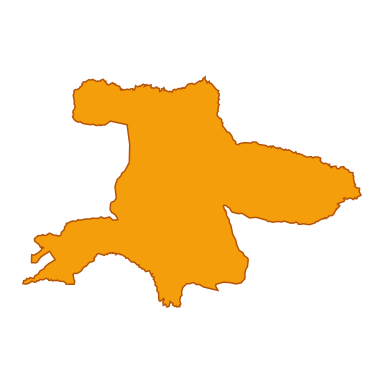 Sekyere Afram Plains North, Ashanti, Ghana
{"feature_id": "2480657B37542209080123", "entity_name": "Sekyere Afram Plains North", "entity_type": "district", "adm_level": 2, "iso_a3": "GHA", "parent_name": "Ghana", "parent_adm1": "Ashanti", "projection": "orthographic", "projection_center": [-0.752, 7.211], "detail": "fine", "context": "isolated", "style": "filled", "palette": "amber", "viewbox_px": 384, "rotation_deg": 0, "n_neighbors": 0, "source": "geoboundaries", "source_scale": "gbopen_adm2", "svg_char_len": 5877}
<svg xmlns="http://www.w3.org/2000/svg" viewBox="0 0 384 384"><path d="M31.5,262.7L35.9,262.8L37.1,262.2L40.8,257.0L49.5,251.3L55.2,259.7L47.9,264.3L45.1,266.7L44.3,268.5L40.0,271.0L38.1,274.1L34.8,275.9L33.8,278.6L30.0,277.5L28.8,279.0L26.8,278.4L25.9,280.2L23.7,280.6L23.0,283.7L25.8,284.1L28.9,283.2L31.9,281.2L34.5,282.2L36.1,282.0L36.8,280.7L38.8,280.8L40.0,279.4L42.8,279.9L46.5,278.2L47.7,279.2L48.4,279.0L48.7,280.2L49.8,280.6L51.3,279.7L52.6,281.0L54.3,280.3L56.4,280.8L57.6,280.0L59.5,281.2L63.6,281.5L65.0,282.1L65.9,284.0L66.7,284.3L74.2,284.2L74.7,281.0L73.8,279.5L73.1,274.2L74.9,273.2L77.0,273.5L80.8,271.3L83.9,267.0L86.0,266.4L89.2,262.5L93.6,261.2L94.5,259.5L93.9,258.0L95.8,256.4L96.8,254.2L99.1,253.6L104.3,255.4L105.6,254.3L107.5,254.5L108.1,253.4L110.5,253.3L111.1,252.6L112.6,252.7L112.5,253.3L113.7,252.9L114.3,253.6L116.0,253.5L115.9,254.6L117.8,253.6L120.0,254.0L120.3,254.7L121.7,254.5L125.2,256.8L125.8,258.2L127.5,257.8L131.2,261.9L134.5,262.3L137.4,265.1L138.9,264.8L139.0,267.1L141.2,267.8L142.0,268.9L143.7,269.0L145.7,271.6L149.3,270.8L150.7,273.6L152.3,273.9L151.2,274.8L152.3,276.9L154.1,277.2L153.4,279.2L153.9,279.2L154.8,282.1L155.5,282.5L155.0,284.8L155.4,285.7L156.5,286.0L157.2,287.8L156.9,290.8L158.5,292.6L158.9,300.1L160.1,301.3L163.6,298.4L164.2,299.1L162.9,301.5L163.3,305.4L165.4,304.1L166.9,307.0L169.0,306.4L170.1,301.4L171.1,302.7L172.8,303.1L172.8,305.1L175.1,306.5L176.1,305.7L176.7,306.8L179.9,306.5L179.6,305.0L180.6,304.5L180.7,303.6L179.7,300.4L180.4,296.8L182.0,295.3L181.5,292.0L182.0,290.2L182.9,287.4L186.8,283.7L189.5,283.8L193.4,282.5L196.3,284.5L199.3,284.5L203.6,287.0L217.9,290.4L215.6,286.1L216.0,284.3L223.2,282.2L230.1,282.6L235.7,283.9L241.0,283.0L244.9,278.6L244.9,273.3L245.7,269.7L247.5,266.5L248.2,259.3L247.4,257.9L244.2,255.6L242.9,252.7L239.1,250.3L236.7,244.7L235.7,240.0L232.7,234.2L230.8,225.1L229.3,222.4L229.1,219.5L226.6,215.9L226.4,212.5L225.2,210.8L225.6,210.4L224.6,210.0L223.4,206.2L223.7,205.2L226.4,205.7L228.0,207.3L229.2,207.7L231.6,211.6L232.6,212.3L238.5,213.7L241.9,213.3L249.4,217.9L256.1,217.3L266.7,220.3L268.1,221.6L270.3,221.3L272.4,222.3L277.4,221.5L282.4,221.9L283.9,221.0L290.8,223.2L294.0,223.0L296.1,222.1L297.6,222.9L298.1,224.1L301.3,224.4L302.5,223.7L309.4,224.7L315.2,222.8L315.8,221.7L317.9,221.4L321.7,218.9L323.4,219.0L324.6,217.9L325.7,218.6L325.8,217.8L327.5,217.8L328.9,216.0L332.2,215.5L334.0,213.7L335.5,210.3L336.6,209.7L336.4,208.6L337.9,208.1L339.7,205.8L337.9,204.8L337.5,203.6L339.2,203.6L339.9,202.7L343.9,201.5L344.8,199.8L343.5,198.5L344.2,197.8L345.6,198.1L347.0,199.4L348.6,198.3L351.0,198.2L353.5,199.6L355.0,197.5L355.8,198.7L356.9,198.7L357.6,196.9L361.0,195.2L359.2,191.8L359.6,188.3L356.7,187.9L354.7,186.1L355.5,184.5L354.4,183.1L353.5,178.9L353.7,176.7L352.8,174.7L352.9,172.7L349.3,172.2L348.4,170.0L345.3,168.9L344.5,167.7L343.8,167.9L343.6,166.6L340.5,167.1L339.0,168.9L336.9,168.4L335.9,166.1L332.4,166.7L331.8,167.6L330.9,167.6L331.1,166.4L328.8,165.4L329.4,164.3L328.1,164.4L325.4,163.2L323.5,163.6L321.0,162.0L320.9,161.1L320.1,160.6L320.7,158.2L318.3,157.1L314.4,157.0L313.0,158.0L311.4,156.7L306.4,157.1L302.2,154.8L298.9,153.7L297.0,153.8L295.8,151.8L294.3,153.1L288.7,149.8L286.5,150.2L285.5,149.2L284.1,150.3L279.7,147.6L278.2,148.8L277.6,147.8L276.0,148.2L273.0,145.9L271.5,147.5L270.8,146.0L268.7,146.9L265.0,145.3L258.8,144.5L256.3,142.2L252.6,142.0L251.1,143.1L244.8,142.6L239.4,143.7L238.3,144.7L236.4,144.2L235.6,143.5L235.7,141.7L233.1,139.6L231.8,136.0L229.3,132.5L227.3,132.1L222.4,125.5L222.8,122.9L221.9,122.5L221.5,119.2L219.2,117.9L217.2,115.6L217.1,113.0L218.2,111.2L217.6,110.1L218.5,108.3L218.1,106.8L219.4,104.8L217.9,103.1L218.5,100.0L219.3,99.4L218.4,98.1L219.3,94.9L219.2,93.9L218.1,93.0L218.6,90.7L216.4,89.6L211.3,83.5L209.7,83.4L209.3,81.3L207.0,82.8L207.0,81.6L205.1,79.6L205.1,77.0L202.9,78.8L202.3,80.6L200.9,81.4L200.8,80.9L199.5,81.0L194.1,84.5L192.1,83.3L187.8,84.3L184.8,88.2L183.8,88.3L183.7,87.7L182.3,88.4L181.9,87.9L181.2,88.8L180.3,88.4L180.0,88.9L178.1,88.5L175.9,90.1L174.8,89.3L173.3,89.8L171.9,92.3L170.5,91.2L168.2,91.8L165.1,90.0L164.1,90.5L164.4,88.7L163.8,87.6L163.0,88.6L161.4,89.0L161.4,90.8L159.7,91.6L159.3,88.5L157.1,87.8L156.9,87.2L155.8,87.1L155.5,87.8L153.6,88.4L153.1,87.8L151.6,88.0L151.0,87.2L151.2,85.0L148.1,85.5L147.4,84.9L144.6,86.3L145.2,85.1L144.8,85.3L143.6,84.2L141.2,85.3L140.5,86.4L139.4,86.0L137.5,86.9L135.6,85.7L134.5,89.9L133.4,89.4L133.0,89.8L132.9,88.9L131.5,88.6L129.1,89.7L127.5,89.2L123.4,90.1L122.3,89.3L121.9,89.8L121.1,88.7L120.7,89.5L119.7,86.5L115.5,84.9L115.5,84.2L114.7,84.5L113.8,83.2L112.3,83.5L112.2,82.9L109.0,84.8L107.2,84.6L107.0,83.5L105.5,82.4L105.9,81.3L104.7,81.1L103.3,79.3L101.1,80.0L100.3,81.2L97.7,81.0L96.8,81.6L92.6,79.3L91.4,80.2L89.0,79.6L85.3,82.0L83.5,81.8L81.9,84.0L82.4,84.5L81.9,86.0L80.2,86.7L79.4,88.4L76.8,89.7L75.3,89.6L73.9,90.8L74.3,92.7L73.2,95.2L74.4,101.5L74.1,104.0L75.2,105.8L74.5,109.0L73.1,110.8L72.9,112.7L73.6,114.7L72.5,116.8L74.3,119.7L75.8,121.0L78.5,122.2L80.1,121.7L82.9,123.5L89.9,124.7L93.6,124.4L96.0,125.5L98.8,125.4L99.9,124.7L101.1,125.6L102.4,124.8L105.0,125.0L110.4,121.1L127.1,124.7L129.7,144.3L129.3,162.4L124.7,171.1L121.9,173.2L120.8,176.0L117.1,179.7L115.0,186.4L116.3,198.2L114.2,201.2L111.3,202.4L110.5,204.0L110.1,209.5L111.7,212.6L114.8,214.3L117.4,218.1L117.7,219.8L113.1,220.2L109.5,217.0L104.1,218.4L101.1,216.9L98.3,218.4L91.7,218.2L89.6,219.2L86.3,218.9L79.7,220.3L78.3,219.6L75.9,221.3L73.1,220.9L69.5,222.1L68.5,223.0L66.3,223.4L66.7,224.6L64.7,226.8L64.3,229.4L61.4,232.4L60.7,235.5L58.0,236.1L56.9,235.3L54.3,235.3L49.4,233.1L46.2,235.3L43.1,235.4L42.8,234.6L40.8,235.6L38.1,235.6L34.5,238.6L34.6,241.1L39.3,244.8L40.4,247.2L41.3,246.8L43.5,247.5L43.1,248.2L41.7,248.0L41.5,249.8L38.4,252.7L34.0,255.2L31.7,254.7L31.5,262.7Z" fill="#f59e0b" stroke="#b45309" stroke-width="1.5"/></svg>